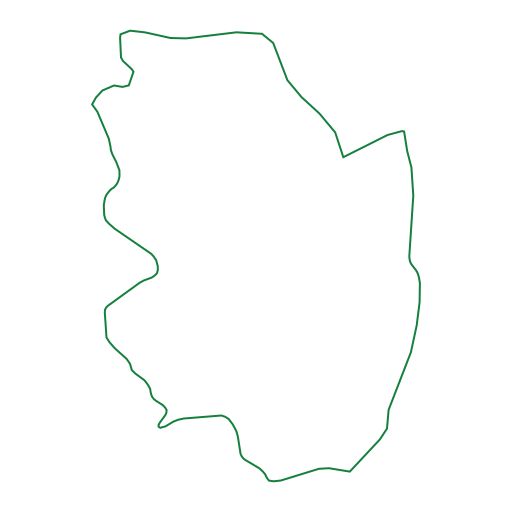 outline of Morazán
{"feature_id": "SLV-1351", "entity_name": "Morazán", "entity_type": "Department", "adm_level": 1, "iso_a3": "SLV", "parent_name": "El Salvador", "parent_adm1": "", "projection": "mercator", "projection_center": [-88.158, 13.767], "detail": "fine", "context": "isolated", "style": "outline", "palette": "green", "viewbox_px": 512, "rotation_deg": 0, "n_neighbors": 0, "source": "natural_earth", "source_scale": "10m", "svg_char_len": 1734}
<svg xmlns="http://www.w3.org/2000/svg" viewBox="0 0 512 512"><path d="M130.1,30.7L144.6,32.3L147.0,32.8L170.4,38.0L185.9,38.4L236.5,32.3L262.0,33.8L273.2,43.0L287.4,80.2L301.5,97.1L319.3,113.4L335.2,132.4L343.3,157.2L387.5,135.0L402.0,131.1L404.1,131.5L407.2,151.1L411.4,167.4L413.3,195.6L409.3,256.3L409.6,259.5L410.3,262.2L411.4,264.3L415.8,270.0L417.2,272.2L418.1,274.6L418.9,277.1L419.9,283.1L419.6,302.2L416.7,325.4L410.9,352.3L388.6,409.9L387.0,428.6L379.9,439.4L349.8,471.6L328.9,468.2L318.9,468.8L280.9,480.5L273.7,481.3L269.0,480.6L267.6,478.9L266.0,476.2L265.1,474.2L262.8,471.5L259.6,468.5L245.2,459.9L243.2,458.3L241.7,456.3L240.6,454.1L237.8,436.3L236.3,431.0L232.7,424.3L228.6,418.9L225.0,416.7L221.4,415.5L183.9,418.5L178.3,419.7L173.4,421.6L165.6,426.3L160.3,427.8L158.6,426.7L158.6,424.9L159.7,422.8L165.4,415.0L166.4,412.6L166.6,410.0L165.1,407.5L162.9,405.2L156.0,400.8L153.8,399.0L152.3,397.1L151.3,394.8L150.6,392.0L150.2,389.0L148.1,385.1L144.6,380.4L135.4,373.6L131.8,370.1L130.1,364.0L126.8,359.1L114.5,348.0L109.5,342.2L106.5,337.5L104.8,312.5L105.0,309.8L106.1,307.6L107.7,305.9L139.6,282.8L144.0,280.4L151.4,277.7L153.7,276.3L155.6,274.7L157.1,272.9L157.8,269.9L157.8,266.3L156.2,260.3L153.6,256.4L151.3,253.9L114.8,228.8L109.2,223.9L105.8,220.2L104.9,217.6L104.2,214.9L103.8,205.2L104.7,199.6L105.2,197.7L105.8,196.1L106.9,194.1L109.9,190.4L111.6,188.9L113.7,187.6L115.4,185.8L116.9,183.8L118.0,181.6L118.9,179.1L119.5,176.3L119.4,170.2L116.2,161.9L112.4,154.4L110.9,150.1L110.5,146.7L108.8,138.7L97.4,111.8L92.1,104.4L96.0,97.5L102.4,90.5L114.0,85.5L122.6,86.9L128.8,85.4L133.5,71.8L131.7,69.1L123.0,61.0L121.0,57.5L120.1,37.7L120.5,34.3L130.1,30.7Z" fill="none" stroke="#15803d" stroke-width="2"/></svg>